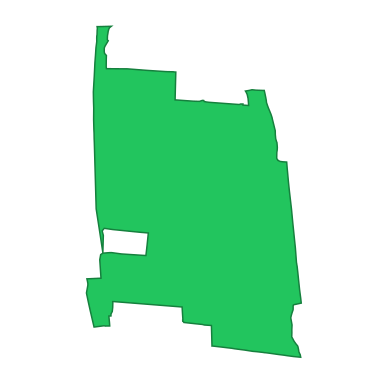 the district of Grivita, Galati, Romania, rotated 179°
{"feature_id": "2599482B77537188283397", "entity_name": "Grivita", "entity_type": "district", "adm_level": 2, "iso_a3": "ROU", "parent_name": "Romania", "parent_adm1": "Galati", "projection": "orthographic", "projection_center": [27.661, 45.694], "detail": "fine", "context": "isolated", "style": "filled", "palette": "green", "viewbox_px": 384, "rotation_deg": 179, "n_neighbors": 0, "source": "geoboundaries", "source_scale": "gbopen_adm2", "svg_char_len": 2983}
<svg xmlns="http://www.w3.org/2000/svg" viewBox="0 0 384 384"><g transform="rotate(179 192 192)"><path d="M288.9,251.2L288.9,247.0L288.8,242.8L288.1,176.8L284.7,151.8L282.2,133.0L281.4,150.1L282.5,154.7L280.4,157.2L271.6,155.8L266.3,155.2L260.5,154.5L251.2,153.4L243.3,152.5L240.3,152.2L236.4,151.8L236.8,148.2L237.8,139.9L238.8,132.2L239.2,129.3L242.0,129.5L263.7,131.3L273.4,132.8L275.7,132.8L282.2,132.4L284.4,131.0L285.4,125.9L284.5,107.4L298.6,107.0L298.1,104.6L297.7,102.1L297.8,100.4L299.3,92.9L299.0,91.2L297.5,83.4L295.9,75.5L292.3,58.7L291.1,58.8L282.2,59.8L281.1,59.5L276.6,59.5L276.8,63.2L277.3,69.4L275.2,69.5L275.1,71.5L273.8,73.9L273.3,78.0L273.1,82.5L273.2,83.8L272.2,83.8L261.8,82.8L203.9,77.2L203.6,70.0L203.4,66.0L203.3,64.8L203.6,64.2L203.4,63.8L203.5,62.9L202.7,62.4L202.4,61.7L191.6,60.3L184.0,59.4L181.9,58.8L174.9,58.2L174.7,37.6L173.9,37.6L164.8,36.4L159.1,35.6L155.2,35.1L152.1,34.5L146.0,33.6L142.5,33.1L133.9,31.6L130.0,31.2L124.0,30.4L122.4,30.1L121.1,30.0L117.0,29.4L108.3,28.0L103.3,27.3L99.8,26.7L93.2,25.7L86.2,24.9L86.6,27.3L87.9,30.2L88.2,32.5L88.5,34.1L88.8,35.5L89.0,36.1L89.5,36.8L90.7,38.3L92.5,40.9L93.7,43.3L94.8,45.4L94.6,49.6L94.6,52.6L94.3,57.3L95.0,61.7L95.4,64.0L95.4,64.8L94.8,67.1L94.0,69.7L93.0,72.4L92.9,74.1L92.9,75.9L92.7,77.1L92.2,77.5L90.2,77.9L84.7,79.0L85.2,84.3L86.1,92.1L86.9,101.2L87.6,109.5L88.0,113.8L88.2,115.9L88.5,117.6L88.6,118.6L88.8,119.7L89.1,125.3L89.6,134.0L90.6,145.6L91.8,159.8L92.8,172.8L94.6,191.2L95.4,200.4L95.8,205.8L96.1,210.0L96.4,213.8L96.8,220.3L100.5,220.6L103.3,221.0L105.7,222.2L105.7,222.6L106.6,223.8L106.7,224.5L106.5,230.1L106.1,232.4L105.9,234.8L106.0,236.9L106.2,239.9L106.7,241.2L107.4,243.9L107.5,245.5L107.7,247.9L107.7,251.8L108.4,254.8L109.2,258.4L109.8,261.0L110.4,263.6L110.6,264.8L111.1,266.5L111.7,268.4L111.9,268.9L112.7,271.0L113.7,273.5L114.2,274.8L115.1,277.4L116.0,280.3L116.1,282.1L116.6,285.1L117.4,289.4L117.9,291.8L118.0,292.3L119.1,292.3L126.2,292.7L130.2,293.2L132.9,292.6L136.8,292.0L136.1,290.8L135.1,288.5L134.3,284.5L134.0,280.1L133.9,277.5L137.1,277.8L139.5,278.0L139.5,278.6L139.5,279.1L139.8,279.1L142.0,279.1L143.1,278.7L143.9,278.7L146.2,278.9L173.5,281.4L176.2,281.8L177.0,282.0L178.1,282.2L178.7,283.3L180.1,283.4L182.9,282.5L185.9,282.6L189.4,282.8L207.3,284.4L206.1,312.2L208.2,312.4L208.3,312.5L215.6,312.8L235.0,314.4L238.1,314.7L254.8,316.3L255.0,316.3L256.3,316.3L275.4,316.8L275.6,318.7L275.4,326.0L275.2,330.0L277.0,332.1L277.3,333.9L277.2,337.4L276.7,338.8L275.4,341.0L273.1,344.7L273.7,345.3L274.0,345.8L273.9,347.6L273.8,349.6L273.3,352.2L273.0,354.1L272.4,356.1L272.0,357.0L271.5,357.8L269.8,359.1L279.9,359.0L284.0,359.0L283.8,357.6L283.8,357.1L284.0,355.4L284.1,353.1L284.2,351.0L284.5,349.4L284.6,347.3L284.6,344.9L284.6,344.1L284.8,342.7L285.5,338.0L286.1,330.6L286.8,323.2L287.7,309.5L288.9,293.8L288.9,284.0L288.8,277.6L289.1,266.1L289.0,255.9L288.9,252.6L288.9,252.1L288.9,251.2Z" fill="#22c55e" stroke="#15803d" stroke-width="1.5"/></g></svg>